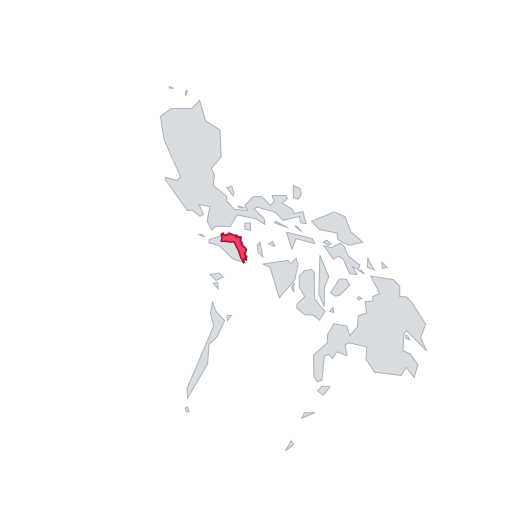 Oriental Mindoro, Mindoro Oriental, Philippines (highlighted), rotated 336°
{"feature_id": "2640588B63893974857560", "entity_name": "Oriental Mindoro", "entity_type": "district", "adm_level": 2, "iso_a3": "PHL", "parent_name": "Philippines", "parent_adm1": "Mindoro Oriental", "projection": "albers", "projection_center": [121.29, 12.869], "detail": "fine", "context": "in_parent", "style": "filled", "palette": "rose", "viewbox_px": 512, "rotation_deg": 336, "n_neighbors": 0, "source": "geoboundaries", "source_scale": "gbopen_adm2", "svg_char_len": 7920}
<svg xmlns="http://www.w3.org/2000/svg" viewBox="0 0 512 512"><g transform="rotate(336 256 256)"><path d="M238.2,86.8L257.1,95.2L267.7,90.9L264.9,111.9L274.3,126.2L264.6,151.1L250.8,157.9L251.1,164.9L245.6,174.0L253.4,189.6L251.7,193.8L255.3,204.8L266.8,211.0L266.5,205.3L277.5,200.7L285.4,204.1L289.8,215.7L294.8,213.4L295.4,207.4L308.2,213.2L308.0,216.3L301.4,218.4L308.4,228.3L307.6,232.6L316.9,234.5L314.9,246.9L310.1,243.7L311.9,237.7L295.3,234.4L291.4,223.9L276.7,211.6L273.4,212.2L278.6,225.2L276.9,230.6L271.1,221.9L255.6,210.9L244.4,218.6L231.4,212.3L226.1,214.4L225.6,204.2L234.0,192.1L224.8,185.8L224.9,196.4L221.1,197.1L216.3,188.1L211.9,186.5L204.2,149.2L205.7,147.3L214.1,154.8L219.4,153.1L219.3,112.6L225.5,89.6L238.2,86.8ZM352.7,321.1L371.9,333.5L375.0,342.1L370.8,351.6L376.8,354.5L379.5,361.9L383.2,387.1L373.1,397.8L373.3,412.1L363.1,385.2L359.6,387.1L351.6,402.4L357.2,408.3L359.6,421.1L351.2,431.3L347.9,418.9L339.9,424.1L317.1,410.4L314.5,394.9L320.2,384.2L305.8,373.2L301.2,373.5L298.6,384.1L290.8,376.4L284.1,381.0L282.7,375.9L278.1,374.8L265.6,396.4L260.9,395.9L259.8,389.8L268.2,370.0L285.8,364.3L289.4,357.0L299.5,349.7L310.5,356.8L309.3,367.0L319.8,362.1L325.1,352.2L333.7,353.1L337.2,342.2L344.4,344.8L346.1,340.6L353.8,340.8L352.7,321.1ZM296.4,334.7L287.9,340.4L284.4,333.5L276.4,329.2L272.1,320.2L274.0,316.5L284.0,313.1L282.9,302.1L287.2,291.9L294.3,289.0L301.0,290.8L302.5,294.6L292.1,319.0L296.4,334.7ZM345.5,247.6L353.3,256.4L352.5,272.3L359.1,286.7L345.9,284.3L340.6,279.2L337.5,273.5L339.4,268.0L325.0,257.8L321.0,246.8L345.5,247.6ZM259.3,266.3L283.3,273.0L284.8,277.1L291.7,274.6L290.7,281.2L281.7,293.6L260.4,303.7L264.2,271.9L259.3,266.3ZM167.9,334.9L135.6,358.0L139.2,348.9L188.9,302.7L191.2,289.5L197.7,280.5L196.9,290.1L201.0,302.1L188.0,313.7L177.2,317.5L167.9,334.9ZM220.0,222.0L240.7,224.3L249.0,232.3L249.5,245.4L241.6,256.6L233.4,248.8L226.5,231.3L218.4,224.8L220.0,222.0ZM328.6,279.3L337.9,278.4L340.5,282.7L340.3,294.0L347.2,306.6L343.9,309.8L339.8,305.1L340.9,314.0L334.4,310.5L334.4,294.2L331.1,289.4L325.4,290.5L322.2,274.3L328.6,279.3ZM297.6,330.0L298.0,316.2L314.7,281.3L314.1,304.6L306.2,311.9L297.6,330.0ZM329.7,320.7L317.4,325.8L312.5,325.2L309.3,320.1L322.8,310.8L329.2,314.3L329.7,320.7ZM293.5,246.7L314.5,262.9L314.7,268.6L299.7,256.4L291.6,264.2L293.5,246.7ZM322.2,218.5L317.6,221.3L314.0,217.8L318.7,206.7L323.7,212.2L322.2,218.5ZM270.4,405.6L260.8,410.5L257.4,404.0L263.4,401.9L270.4,405.6ZM206.5,254.3L215.4,256.5L217.6,262.0L209.7,262.1L206.5,254.3ZM259.1,221.4L264.3,223.5L261.5,230.3L256.9,227.1L259.1,221.4ZM236.3,419.0L246.2,423.1L232.0,422.8L236.3,419.0ZM358.4,316.8L353.2,311.5L357.5,302.9L357.1,308.1L358.4,316.8ZM265.2,245.0L261.8,259.6L259.4,253.6L261.5,246.5L265.2,245.0ZM213.0,439.1L213.6,443.4L203.7,446.0L213.0,439.1ZM262.1,182.5L261.8,189.0L259.5,191.8L257.1,181.6L262.1,182.5ZM279.9,295.8L275.7,304.2L275.6,299.3L279.9,295.8ZM210.4,264.5L208.0,270.5L205.8,263.5L210.4,264.5ZM329.5,275.4L326.2,275.6L323.0,270.8L326.9,270.2L329.5,275.4ZM277.1,249.3L277.1,254.7L272.4,250.2L277.1,249.3ZM371.1,319.7L366.3,318.7L368.4,312.8L371.1,319.7ZM288.4,232.7L296.9,243.6L286.2,232.8L288.4,232.7ZM209.5,300.3L203.8,303.4L205.4,298.5L209.5,300.3ZM305.2,334.4L304.1,339.1L300.9,336.8L305.2,334.4ZM305.8,245.9L307.6,252.4L303.5,244.2L305.8,245.9ZM131.7,370.8L128.8,370.4L129.5,366.3L131.7,365.9L131.7,370.8ZM335.5,337.7L331.8,338.0L331.4,335.5L333.6,335.0L335.5,337.7ZM362.2,395.0L359.5,392.2L360.3,389.2L362.1,390.6L362.2,395.0ZM215.1,213.9L216.7,217.6L212.4,213.3L215.1,213.9ZM346.3,311.7L347.8,316.5L343.7,310.7L346.3,311.7ZM260.6,77.7L256.5,80.7L259.5,76.3L260.6,77.7ZM265.8,207.9L260.2,205.1L260.2,203.1L265.8,207.9ZM245.6,66.0L249.1,69.4L245.1,67.2L245.6,66.0Z" fill="#d9dde1" stroke="#a8b0b8" stroke-width="1"/><path d="M241.8,256.9L242.0,256.7L242.1,256.4L242.1,256.2L242.3,256.1L242.3,255.9L242.3,255.4L242.4,255.2L242.4,255.3L242.4,255.1L242.5,255.2L242.6,254.8L242.8,254.7L243.2,254.8L243.3,254.7L244.0,254.6L244.2,254.2L244.3,254.1L244.3,253.9L244.4,253.7L244.9,253.8L244.9,254.3L245.1,254.4L245.0,254.5L245.3,254.4L245.3,254.5L245.1,254.6L245.1,254.8L245.3,254.9L245.3,254.6L245.8,254.8L245.9,254.5L245.7,254.4L245.7,254.2L245.6,254.3L245.5,254.2L245.5,253.7L245.4,253.5L245.4,253.1L245.4,252.9L245.6,252.7L245.8,252.7L246.1,252.6L246.3,252.8L246.5,252.8L246.9,253.0L247.1,252.9L247.0,252.7L246.9,252.7L246.7,252.4L246.6,252.2L246.4,252.1L246.2,252.0L246.2,251.9L246.3,251.8L246.2,251.6L246.3,251.5L246.2,251.5L246.2,251.3L246.2,251.2L246.2,250.9L246.1,250.6L246.2,250.4L246.4,250.5L246.4,250.4L246.5,250.4L246.4,250.1L246.5,249.9L246.8,249.8L247.0,249.7L246.9,249.6L246.8,249.4L246.9,249.2L247.0,249.0L246.9,248.9L246.7,249.0L246.8,248.9L246.7,248.9L246.8,248.7L247.0,248.5L247.3,248.6L247.5,248.6L247.6,248.4L248.1,248.2L248.4,248.0L248.6,247.9L248.7,247.6L248.8,247.5L248.8,247.2L249.0,246.9L249.2,246.6L249.3,246.6L249.2,246.6L249.3,246.5L249.9,246.3L249.9,246.1L249.9,245.8L249.7,245.3L249.7,244.6L249.4,244.2L249.4,243.9L248.9,243.1L248.8,242.8L248.7,242.8L248.7,243.0L248.6,242.8L248.4,242.7L247.9,242.1L247.8,241.7L248.0,241.4L247.9,241.0L247.9,240.8L248.0,240.8L248.0,240.4L248.3,239.8L248.1,239.3L248.0,238.6L248.0,238.2L248.3,237.7L248.2,237.7L248.3,237.6L248.2,236.3L248.1,235.7L248.1,235.2L248.3,234.8L248.3,234.7L248.6,234.4L248.9,234.1L249.1,234.0L249.2,233.9L249.6,233.8L249.6,233.7L249.9,233.5L249.9,233.3L249.8,232.8L249.9,232.6L249.7,232.6L249.6,232.4L249.4,232.3L249.4,232.1L249.0,232.0L248.7,231.9L248.4,232.0L248.3,231.9L248.2,232.0L248.1,231.9L248.1,232.1L247.9,232.0L247.6,232.2L247.4,232.1L247.0,232.0L246.9,232.0L246.8,231.8L246.9,231.7L246.7,231.5L246.8,231.5L246.8,231.4L247.0,231.1L246.9,231.0L247.1,230.8L247.0,230.6L247.0,230.3L246.8,230.2L247.0,230.1L246.9,230.0L246.9,229.8L246.9,229.7L246.8,229.8L246.6,229.8L246.5,229.7L246.4,229.6L246.2,229.5L246.2,229.4L246.0,229.5L245.9,229.4L245.8,229.5L245.7,229.5L245.8,229.4L245.7,229.3L245.4,229.5L245.4,229.4L245.3,229.5L245.3,229.3L245.4,229.2L245.1,229.0L245.0,228.8L244.7,228.3L244.7,228.2L244.2,227.6L243.7,227.2L243.4,226.9L243.4,226.7L242.6,226.2L242.4,226.1L242.0,225.9L241.6,225.3L241.4,225.5L241.4,225.1L241.2,225.0L240.9,224.7L240.7,224.4L240.7,224.2L240.6,224.3L240.5,224.5L240.3,224.7L239.9,224.8L239.6,224.7L239.5,224.8L239.3,224.9L239.1,225.0L239.0,224.9L238.1,224.7L238.0,224.8L237.9,224.7L237.9,224.8L237.8,224.7L237.7,224.9L237.3,225.0L237.2,225.1L236.7,224.8L236.4,224.7L236.2,224.5L236.0,224.0L235.8,224.0L235.7,223.8L235.4,223.6L235.2,223.5L235.2,223.4L234.9,223.4L234.8,223.1L234.7,223.1L234.5,222.9L234.5,222.7L234.4,222.7L234.6,222.4L234.7,222.5L234.8,222.5L234.7,222.3L234.8,222.3L235.0,222.2L235.0,222.3L235.1,222.2L234.9,222.2L235.2,222.1L235.3,222.0L235.3,221.9L234.9,221.9L234.9,222.0L234.7,221.8L234.5,222.0L234.8,222.1L234.7,222.2L234.6,222.3L234.4,222.3L234.5,222.4L234.4,222.4L234.2,222.4L234.1,222.2L234.1,222.3L233.8,222.4L233.7,222.3L233.7,222.2L233.4,222.2L233.4,222.3L233.3,222.2L233.2,222.3L233.1,222.2L233.0,222.4L232.7,222.6L232.6,223.1L232.6,224.6L230.3,228.4L234.8,230.6L235.6,231.0L238.5,233.0L239.9,233.3L240.3,233.6L241.7,234.1L241.7,235.5L241.8,236.4L241.8,237.9L241.8,238.5L241.9,240.4L242.2,242.3L242.1,243.1L242.2,243.9L241.9,247.9L241.7,248.5L241.4,251.5L241.6,253.9L241.9,254.6L241.7,255.9L241.8,256.9ZM247.1,252.2L247.0,252.4L247.0,252.6L247.3,252.8L247.3,252.6L247.4,252.4L247.2,252.2L247.1,252.2ZM245.4,255.0L245.3,254.9L245.3,255.0L245.0,255.0L245.3,255.3L245.2,255.3L245.3,255.4L245.5,255.3L245.4,255.0ZM234.2,221.7L234.1,221.9L234.4,222.0L234.5,222.0L234.4,221.8L234.2,221.7ZM245.5,255.4L245.3,255.5L245.3,255.8L245.5,255.7L245.5,255.4L245.5,255.4ZM245.9,253.0L245.8,253.4L245.9,253.5L245.9,253.4L245.8,253.2L245.9,253.0ZM241.2,223.9L241.2,224.0L241.2,223.9ZM242.8,256.7L242.7,256.7L242.8,256.8L242.8,256.7ZM242.7,255.3L242.7,255.5L242.7,255.3Z" fill="#f43f5e" stroke="#9f1239" stroke-width="1.5"/></g></svg>